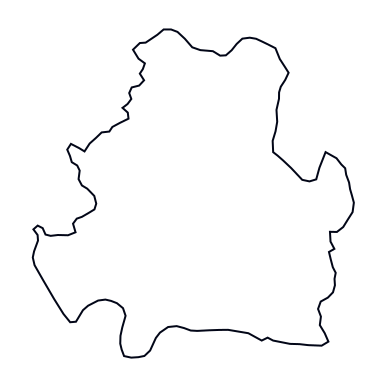 the district of Adolfo, São Paulo, Brazil, rotated 358°
{"feature_id": "56859067B34209687665610", "entity_name": "Adolfo", "entity_type": "district", "adm_level": 2, "iso_a3": "BRA", "parent_name": "Brazil", "parent_adm1": "São Paulo", "projection": "orthographic", "projection_center": [-49.657, -21.281], "detail": "fine", "context": "isolated", "style": "outline", "palette": "ink", "viewbox_px": 384, "rotation_deg": 358, "n_neighbors": 0, "source": "geoboundaries", "source_scale": "gbopen_adm2", "svg_char_len": 2032}
<svg xmlns="http://www.w3.org/2000/svg" viewBox="0 0 384 384"><g transform="rotate(358 192 192)"><path d="M345.9,173.6L342.2,169.7L337.6,163.3L326.9,156.8L320.2,172.2L316.6,183.7L309.8,185.5L302.6,183.7L292.0,171.6L284.1,163.6L278.9,158.7L274.5,155.0L274.4,143.7L277.6,134.3L279.6,124.8L279.3,112.9L282.2,101.9L282.5,95.5L284.4,89.9L289.1,83.2L292.7,76.2L289.5,70.7L284.4,62.2L280.4,51.2L272.4,46.8L267.3,44.1L261.4,41.1L255.1,39.8L247.7,40.5L241.8,45.6L236.6,51.7L230.6,56.6L224.9,56.7L217.8,52.0L205.3,50.5L197.3,47.4L190.2,38.6L183.1,31.5L176.7,28.8L169.3,28.6L162.8,33.7L155.4,38.3L150.9,41.1L145.1,41.3L138.0,47.7L143.2,56.9L149.4,61.8L147.2,67.4L144.0,71.9L148.0,78.7L142.9,83.8L135.4,85.4L132.7,90.9L134.6,96.9L130.7,101.8L125.5,105.5L130.6,110.4L131.1,116.5L122.6,120.3L114.7,124.2L111.5,128.7L103.8,129.3L97.9,134.6L91.4,140.0L86.0,147.7L80.9,144.3L72.7,139.7L68.8,145.3L71.3,151.7L72.9,158.0L78.2,161.5L80.5,166.7L79.1,175.2L82.2,181.6L87.4,185.0L94.2,192.5L95.9,200.3L93.9,206.0L88.4,209.1L81.1,213.0L75.9,214.6L72.0,219.5L74.2,228.2L66.6,230.9L56.4,230.3L49.2,230.9L44.1,229.4L41.5,222.9L36.6,220.2L32.2,223.8L36.2,229.6L36.4,235.2L32.1,245.8L30.6,251.9L32.1,259.6L40.4,275.4L50.4,294.0L59.3,309.4L65.7,317.9L71.5,317.6L78.9,306.3L84.2,302.0L94.4,297.2L101.7,296.5L107.3,298.0L113.1,300.5L119.0,305.7L121.3,313.4L117.6,324.9L115.5,333.2L115.0,341.1L116.2,347.0L118.4,353.6L125.5,355.4L132.6,355.2L138.7,354.2L144.6,349.0L150.8,336.6L155.1,331.4L163.4,326.1L172.0,325.5L179.3,327.7L185.9,330.4L192.4,331.0L204.0,330.8L214.3,330.8L223.2,331.0L243.4,335.1L256.5,342.9L262.5,340.2L267.9,343.3L284.6,347.2L294.1,347.8L302.8,349.1L316.2,350.1L323.1,346.3L319.7,337.7L315.1,329.5L316.5,321.0L313.9,313.3L316.8,306.0L324.1,302.3L329.4,297.2L331.6,290.2L331.4,283.8L332.8,277.8L330.1,272.1L328.3,264.1L326.8,256.7L332.3,253.8L328.7,246.4L328.5,236.6L335.4,237.0L341.9,232.3L346.7,225.1L351.8,217.7L353.4,208.3L351.6,200.6L350.1,194.7L349.3,188.0L346.7,180.2L345.9,173.6Z" fill="none" stroke="#020617" stroke-width="2"/></g></svg>